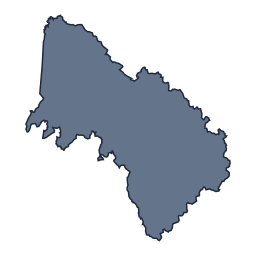 the district of Ballinamore-Lea-6, Leitrim, Ireland
{"feature_id": "5873133B64566250281518", "entity_name": "Ballinamore-Lea-6", "entity_type": "district", "adm_level": 2, "iso_a3": "IRL", "parent_name": "Ireland", "parent_adm1": "Leitrim", "projection": "mercator", "projection_center": [-7.852, 54.028], "detail": "fine", "context": "isolated", "style": "filled", "palette": "slate", "viewbox_px": 256, "rotation_deg": 0, "n_neighbors": 0, "source": "geoboundaries", "source_scale": "gbopen_adm2", "svg_char_len": 5774}
<svg xmlns="http://www.w3.org/2000/svg" viewBox="0 0 256 256"><path d="M47.1,21.2L47.8,22.3L48.8,22.6L49.1,23.6L48.1,24.7L48.0,26.2L47.3,25.2L46.8,25.8L46.1,25.4L45.7,26.3L46.1,26.9L44.9,27.1L45.5,28.4L44.7,29.0L44.9,29.7L44.2,29.8L44.5,30.3L44.1,31.1L44.1,32.7L45.4,34.1L44.6,35.3L44.3,39.4L43.5,41.5L42.2,65.6L39.8,93.7L43.6,98.3L42.8,99.9L40.5,102.0L38.8,105.1L38.4,107.4L37.3,107.8L35.6,109.2L34.4,112.2L32.6,112.1L32.6,111.2L31.9,110.7L30.3,111.0L31.1,112.3L31.0,113.7L30.5,115.0L28.7,117.7L25.9,124.2L26.7,125.4L26.7,127.1L26.0,129.0L26.7,131.0L27.3,132.0L28.2,131.7L29.4,130.1L30.2,127.9L30.7,125.4L31.6,124.2L32.5,123.8L35.5,123.6L37.0,126.8L38.9,126.3L41.0,122.8L40.8,122.5L42.1,121.3L44.0,120.3L44.5,120.4L45.0,122.0L46.2,120.7L46.8,120.9L47.3,121.4L47.6,123.1L47.1,123.3L46.7,124.2L47.5,125.4L47.8,127.0L47.4,127.0L47.1,127.5L47.2,129.2L46.0,130.2L45.7,130.9L44.7,131.4L44.3,130.6L43.8,130.5L43.8,131.4L42.7,138.3L44.1,138.3L46.1,137.5L52.8,132.8L54.1,132.4L54.4,132.0L54.4,130.5L52.9,127.6L56.9,128.3L59.5,127.1L60.6,130.9L60.6,132.6L59.7,132.8L60.6,134.7L60.2,135.4L60.3,136.3L60.1,137.1L58.7,137.7L56.9,136.9L57.1,139.3L56.1,141.2L56.4,143.0L56.0,143.7L57.5,145.6L57.9,146.7L58.9,146.1L60.3,146.4L60.4,147.2L61.3,147.5L61.3,148.9L63.3,149.2L63.7,150.2L64.2,150.0L64.7,148.7L66.1,147.2L68.1,146.7L68.6,145.9L68.4,144.7L71.9,142.2L74.0,139.5L76.2,138.3L76.1,136.5L76.8,134.4L78.6,135.1L82.9,135.2L84.5,136.3L85.1,137.7L87.7,138.9L89.9,138.0L89.8,135.7L91.0,134.4L92.3,130.9L92.7,130.9L94.2,132.6L95.8,132.2L95.6,132.9L94.6,133.5L95.2,136.2L97.5,136.0L100.2,137.9L100.8,137.6L101.4,139.2L102.2,139.8L101.7,140.7L101.9,142.3L101.6,143.7L100.7,145.0L100.6,146.2L100.1,146.7L99.1,150.2L99.6,153.7L100.0,154.3L100.1,155.4L99.6,156.8L98.0,158.1L97.9,159.6L98.2,160.7L100.3,159.9L103.4,159.6L103.1,158.7L102.3,157.7L101.4,157.3L101.1,156.2L100.2,155.3L101.1,154.7L101.7,154.5L103.2,155.1L104.3,156.6L106.8,157.0L108.1,155.6L108.5,153.0L110.6,152.4L111.0,153.2L111.7,153.4L111.7,152.3L112.1,151.9L112.2,150.8L112.5,150.8L114.0,154.6L115.2,156.1L115.8,158.1L115.6,158.7L113.8,160.3L114.0,161.4L117.1,164.9L118.3,165.5L119.3,167.8L120.4,165.9L122.0,165.2L124.5,165.3L124.8,166.9L125.8,168.6L129.9,171.8L130.1,172.1L129.1,173.9L128.3,176.8L127.4,177.3L127.2,179.3L127.7,184.2L128.1,184.8L127.1,187.6L127.2,190.3L128.4,191.6L129.0,196.7L129.4,196.9L130.1,198.6L131.8,200.2L131.9,201.7L133.3,202.0L133.2,202.7L134.6,203.0L135.5,203.8L136.7,205.6L137.2,207.1L138.5,207.7L138.9,212.8L138.4,212.9L139.2,216.7L139.8,216.9L140.6,218.8L141.5,218.2L143.3,221.6L142.5,224.4L143.4,224.2L145.8,227.9L145.6,231.3L146.6,234.8L149.1,235.1L149.8,236.4L151.1,236.4L152.6,237.9L154.0,238.3L156.5,238.2L158.5,240.2L159.4,240.6L161.3,238.0L161.5,236.8L160.1,233.7L163.1,232.4L163.4,232.0L162.9,229.9L164.5,229.2L165.1,230.3L168.3,232.0L168.9,230.9L170.5,230.7L171.2,230.2L172.1,228.4L172.9,223.8L178.0,222.0L179.2,220.2L178.5,217.6L178.5,216.3L178.9,215.5L181.2,215.9L182.3,215.5L182.9,214.9L183.9,212.5L186.2,212.6L187.3,211.7L187.3,210.6L186.7,208.3L186.8,206.3L186.5,204.6L187.0,203.2L188.2,202.7L189.0,203.5L190.3,203.4L192.2,204.1L196.6,201.1L196.0,198.6L196.3,196.4L199.3,195.7L199.5,194.8L199.3,193.2L199.5,192.2L200.5,190.2L202.3,189.5L203.2,187.7L203.8,187.1L204.9,187.3L206.0,189.8L209.8,188.8L211.0,189.8L212.9,190.1L215.8,191.5L219.0,190.9L219.6,189.5L218.7,189.4L218.3,188.1L221.8,182.1L221.8,181.6L222.3,181.1L223.8,181.4L225.1,179.2L226.9,178.3L228.9,176.4L229.2,175.3L229.3,172.9L228.5,171.7L226.2,170.3L226.3,168.8L226.6,167.7L228.1,167.4L229.6,166.1L229.4,165.0L230.1,163.4L229.7,160.4L228.0,160.1L227.7,159.0L226.4,157.9L223.8,157.1L223.5,155.8L224.1,152.8L224.7,152.2L225.0,151.3L226.1,150.7L226.4,149.3L225.8,146.2L226.5,145.3L225.6,143.5L224.6,143.1L224.6,141.9L224.1,140.4L223.0,139.0L225.9,137.0L226.5,136.0L225.4,136.1L224.8,134.8L225.0,133.5L224.3,133.3L223.3,131.4L220.4,130.5L220.4,130.0L219.2,129.0L218.1,130.0L218.6,132.0L219.1,132.6L218.8,133.2L219.0,134.0L218.7,134.4L217.3,134.0L216.0,134.7L213.8,133.2L212.6,133.5L209.4,131.5L207.5,131.9L207.1,129.5L206.6,128.4L204.9,128.2L205.1,124.6L206.0,122.8L207.4,122.4L208.6,120.5L209.6,120.4L208.5,117.9L206.9,116.8L206.0,116.7L205.3,117.3L203.9,119.8L201.6,118.0L201.9,113.9L200.5,108.7L198.3,109.0L197.8,108.5L197.5,107.3L197.0,107.0L194.6,109.1L193.3,108.1L193.1,106.5L190.7,106.8L189.5,106.1L188.9,104.6L189.1,103.7L188.5,102.0L188.8,101.6L188.5,100.7L187.9,100.7L187.1,99.9L186.9,99.2L184.1,97.8L182.6,93.3L179.9,89.6L178.2,90.4L175.0,89.2L173.3,89.3L173.0,89.7L172.5,89.4L171.1,91.0L168.7,90.5L168.7,88.3L169.0,86.3L168.4,84.2L168.6,83.2L167.9,82.5L165.4,83.2L163.1,82.1L163.1,81.4L162.7,80.9L162.8,78.4L162.5,78.0L162.9,77.3L160.5,77.2L161.2,75.7L160.8,74.5L158.6,73.8L158.4,72.4L158.0,72.1L155.1,73.9L152.0,73.3L149.1,73.6L148.2,73.3L147.9,73.0L147.2,69.8L145.9,69.9L145.1,68.4L145.2,67.5L144.6,67.2L143.3,67.5L141.6,69.4L141.1,70.5L141.2,71.5L137.5,73.4L137.4,73.8L137.6,74.0L136.5,75.4L136.9,76.9L138.0,76.9L138.6,77.6L137.8,78.6L134.3,81.2L133.4,80.4L130.6,79.7L130.9,78.4L131.3,78.3L127.3,76.3L124.2,74.1L122.8,72.2L119.5,69.6L120.7,68.9L122.8,66.7L122.3,65.7L118.6,63.3L117.2,63.2L114.7,62.1L113.6,61.9L112.9,62.5L110.2,59.7L109.9,58.7L110.4,56.9L108.1,55.1L107.7,54.3L105.6,54.4L106.2,53.5L107.7,50.1L102.5,45.8L100.9,41.8L98.0,41.3L96.3,36.7L95.2,36.1L93.6,36.2L92.9,35.2L92.4,32.9L89.3,31.8L87.3,31.6L85.3,30.1L81.7,24.6L78.0,24.7L75.3,25.8L72.7,24.6L70.8,24.8L67.3,23.9L66.3,23.2L66.2,22.1L65.0,22.0L63.6,20.3L62.8,20.0L62.6,17.6L62.1,16.9L60.9,16.6L60.6,15.4L57.4,16.5L57.0,17.7L57.1,18.3L54.1,18.4L53.3,18.7L53.2,19.4L52.8,18.6L53.0,18.0L50.9,16.7L50.4,17.0L50.9,17.6L50.6,18.7L49.9,17.9L49.5,18.6L48.5,18.5L48.4,19.6L48.6,20.1L47.1,21.2Z" fill="#64748b" stroke="#1e293b" stroke-width="1.5"/></svg>